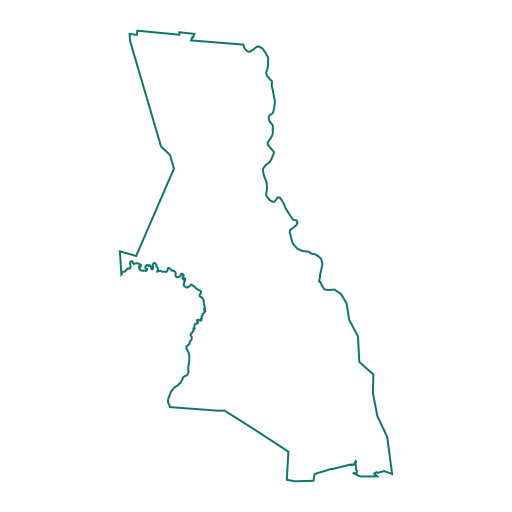 Guerrero, Tamaulipas, Mexico (Equal Earth projection)
{"feature_id": "50627088B90102683496666", "entity_name": "Guerrero", "entity_type": "district", "adm_level": 2, "iso_a3": "MEX", "parent_name": "Mexico", "parent_adm1": "Tamaulipas", "projection": "equal_earth", "projection_center": [-99.632, 26.921], "detail": "fine", "context": "isolated", "style": "outline", "palette": "teal", "viewbox_px": 512, "rotation_deg": 0, "n_neighbors": 0, "source": "geoboundaries", "source_scale": "gbopen_adm2", "svg_char_len": 6066}
<svg xmlns="http://www.w3.org/2000/svg" viewBox="0 0 512 512"><path d="M286.8,479.8L295.0,481.3L313.5,480.8L314.6,474.0L331.7,468.8L331.8,469.2L350.8,464.4L349.7,465.2L350.7,465.0L352.0,465.1L352.0,464.5L354.0,464.6L354.8,462.7L355.8,461.1L356.0,461.4L355.4,463.4L355.6,463.5L356.0,469.4L356.1,469.9L357.0,470.8L356.6,473.2L356.5,473.3L355.9,473.5L355.5,473.4L354.5,472.8L354.2,472.8L354.2,473.0L353.8,473.3L359.5,476.2L360.3,476.5L361.7,476.5L377.3,476.4L374.2,473.5L376.5,472.2L377.8,472.8L384.1,471.1L392.1,474.0L392.1,473.8L387.2,437.0L377.3,415.9L372.9,393.1L373.4,374.5L359.3,361.9L358.0,336.5L349.2,319.8L346.5,303.1L340.8,293.8L334.5,289.6L327.5,290.1L324.3,289.3L321.5,284.8L320.6,282.2L319.4,281.9L319.0,280.8L319.8,278.2L320.1,274.8L322.4,264.5L321.9,261.6L321.0,258.9L319.0,256.6L315.3,254.4L311.3,253.7L308.9,251.7L302.4,251.0L299.1,249.6L296.6,248.0L293.6,244.6L292.3,242.2L289.7,232.2L290.3,229.7L291.5,229.1L295.4,226.0L296.8,224.5L297.4,222.1L296.5,220.4L293.7,219.9L292.6,219.0L290.4,215.8L285.5,208.3L284.4,205.0L281.5,199.9L279.9,197.7L279.0,197.4L278.0,197.4L277.2,198.1L274.9,201.3L274.2,201.7L273.4,201.8L272.2,201.5L270.5,200.6L269.4,199.6L267.3,197.2L266.7,196.5L266.5,195.9L266.2,195.0L266.2,193.6L267.1,188.6L267.0,186.5L266.6,183.3L266.2,181.4L265.7,179.9L264.5,177.3L263.8,175.0L263.2,172.1L263.0,169.5L263.6,167.9L265.1,165.8L266.4,164.5L269.0,162.6L270.1,161.5L270.7,160.5L271.5,159.0L273.9,152.9L273.9,152.2L273.5,151.4L271.2,149.0L269.3,146.4L268.0,145.1L267.8,144.7L267.6,143.8L267.7,143.0L268.1,142.0L271.5,136.8L272.2,135.4L272.7,134.0L272.8,132.7L272.8,125.5L272.4,124.8L271.5,123.9L269.7,121.4L269.3,120.5L268.8,119.0L268.7,117.1L269.1,116.0L269.8,115.1L270.3,114.7L271.8,113.9L272.4,113.4L273.0,112.8L273.2,112.2L274.2,107.7L274.9,102.0L274.9,101.0L273.2,92.5L273.0,90.8L272.6,89.1L271.8,86.5L271.8,85.1L272.0,81.6L271.6,80.9L269.4,78.7L268.8,77.5L267.6,76.8L266.6,74.9L266.3,73.6L266.4,71.9L267.3,68.9L268.0,65.6L268.1,60.2L268.0,57.5L267.9,57.0L266.5,54.7L266.1,53.8L265.4,52.5L264.1,51.1L263.9,50.4L262.8,48.8L261.7,47.8L260.5,47.8L259.7,46.9L258.8,46.4L257.6,46.5L256.8,46.9L254.4,48.5L253.8,49.3L251.8,50.4L250.0,51.7L248.5,51.8L247.4,51.3L245.3,49.3L244.2,47.5L243.2,44.6L191.0,40.4L192.4,37.1L193.0,37.4L194.4,33.9L179.4,32.3L179.3,34.7L137.3,30.7L136.9,34.8L129.6,34.0L130.1,41.1L161.0,146.4L170.0,155.0L174.0,168.5L136.1,256.1L133.3,255.1L119.9,251.3L121.4,274.6L121.8,274.1L122.3,272.1L123.1,271.9L123.9,271.8L124.8,271.4L126.0,270.4L127.4,268.9L128.0,268.5L128.4,268.4L129.1,268.7L130.0,268.3L130.2,267.2L130.5,266.9L130.7,266.2L130.1,263.3L130.1,262.7L130.4,262.0L130.6,261.7L131.2,261.2L131.8,261.2L132.5,261.6L132.8,262.1L132.7,262.7L132.9,263.1L133.9,264.1L134.7,263.6L137.0,263.2L138.9,263.8L140.1,264.3L140.8,265.0L140.9,266.0L140.6,266.4L140.4,266.5L139.9,266.1L139.5,266.4L138.9,266.4L138.9,267.1L139.6,267.6L139.7,267.9L139.7,268.4L139.4,269.0L139.5,269.4L141.0,270.4L141.4,270.3L141.8,270.6L143.2,270.8L144.4,270.4L144.9,270.6L145.7,271.0L146.8,270.5L147.0,269.2L147.0,268.9L146.2,268.6L145.4,267.8L145.3,267.6L145.4,266.5L146.5,265.2L147.0,264.9L147.6,265.1L148.0,265.5L148.4,266.0L148.8,265.5L149.1,265.5L149.5,265.6L149.7,265.4L149.7,265.2L149.9,265.2L150.2,265.6L150.3,266.2L150.8,266.4L151.0,266.8L151.2,267.6L151.2,268.1L151.3,268.5L152.0,269.4L152.3,269.4L152.9,268.9L153.0,267.8L152.8,264.4L153.6,263.3L154.0,263.0L154.3,262.9L155.4,263.4L155.9,264.4L156.3,264.9L156.6,266.4L157.4,267.5L157.8,268.7L158.0,269.1L158.0,269.8L157.1,271.2L157.2,271.7L157.9,271.5L158.4,271.2L160.1,270.8L161.0,271.0L162.2,271.8L164.5,271.8L165.2,271.5L166.0,271.9L166.4,271.9L166.7,271.7L167.3,270.6L167.9,268.5L168.3,268.0L168.6,267.9L169.8,268.5L170.0,268.9L170.6,269.5L172.0,270.4L172.3,270.8L173.7,270.8L175.2,271.9L175.5,272.3L175.7,273.2L175.5,275.2L175.6,275.9L175.9,276.6L176.6,277.2L177.3,277.2L178.8,276.9L179.3,276.7L180.6,275.5L180.6,275.2L180.6,274.9L180.8,274.6L180.9,273.9L181.5,273.7L182.2,273.8L183.1,274.4L183.7,275.3L183.6,275.5L182.8,276.0L182.7,276.3L182.7,276.7L182.5,277.7L182.5,278.1L183.1,278.9L183.4,279.6L183.7,279.8L184.0,279.6L183.9,278.7L184.1,278.2L184.9,278.3L185.2,278.8L185.0,281.1L184.2,282.2L183.8,284.3L183.8,285.1L184.3,286.2L184.8,286.4L185.5,286.9L185.8,287.0L186.4,287.4L187.1,287.6L187.6,287.1L188.6,286.8L189.7,286.3L190.3,285.7L190.8,284.7L191.3,284.5L191.6,284.5L193.2,286.0L194.8,287.0L196.9,289.0L200.3,290.8L200.7,291.1L201.2,291.9L201.2,292.2L201.1,292.6L200.7,292.8L200.6,293.5L199.7,295.0L199.6,295.9L199.8,296.4L200.5,297.0L201.8,297.2L202.1,297.6L202.7,298.7L203.4,299.4L203.7,299.9L203.7,300.1L203.5,300.4L203.4,300.7L203.7,301.2L203.7,302.5L204.1,305.0L204.7,306.7L204.9,308.2L204.8,308.5L204.1,308.7L204.1,309.5L205.2,310.3L205.3,311.2L205.1,311.4L204.5,311.5L204.6,312.0L204.5,312.3L203.5,313.4L202.6,313.9L202.6,315.1L201.8,316.2L201.5,317.0L201.5,317.4L201.8,318.0L201.7,318.7L201.2,318.8L201.6,319.6L201.5,320.0L201.0,320.1L200.8,320.6L200.6,320.7L200.4,320.7L199.7,320.1L198.9,319.8L198.0,319.9L197.4,319.9L197.1,320.1L197.0,320.4L197.1,320.8L198.0,322.2L198.1,322.6L197.9,323.0L197.6,323.3L196.4,323.3L195.6,324.0L194.9,324.1L194.3,326.5L194.3,327.1L194.6,328.4L194.6,328.8L194.0,329.0L193.5,328.8L193.4,330.3L193.3,330.9L192.7,331.5L192.2,332.7L191.1,333.5L190.8,333.9L190.7,334.7L190.7,335.2L191.5,336.6L191.7,337.4L191.8,337.8L191.6,339.4L190.5,341.0L189.8,341.6L189.5,343.1L189.7,343.6L189.6,343.8L187.5,345.7L186.7,346.1L186.5,346.6L186.3,347.4L186.5,348.9L187.7,350.8L188.3,352.0L188.8,353.5L189.3,356.4L189.2,360.9L188.9,362.9L188.9,364.1L188.4,365.4L188.2,366.5L188.2,367.1L188.4,367.9L188.3,368.4L188.2,369.0L188.5,372.1L188.2,373.2L186.9,375.2L184.6,376.3L183.2,377.3L182.7,378.3L182.3,379.7L181.9,380.4L180.9,381.8L180.5,382.7L179.4,383.5L178.7,384.6L177.4,385.7L175.8,386.5L174.3,387.6L173.6,388.4L171.2,391.4L170.8,392.2L169.5,395.4L169.5,396.6L168.7,397.4L168.2,398.8L168.1,399.5L168.0,401.4L168.1,402.5L169.4,405.2L169.9,407.1L217.8,410.7L224.5,410.6L250.4,426.9L288.4,451.7L286.8,479.8Z" fill="none" stroke="#0f766e" stroke-width="2"/></svg>